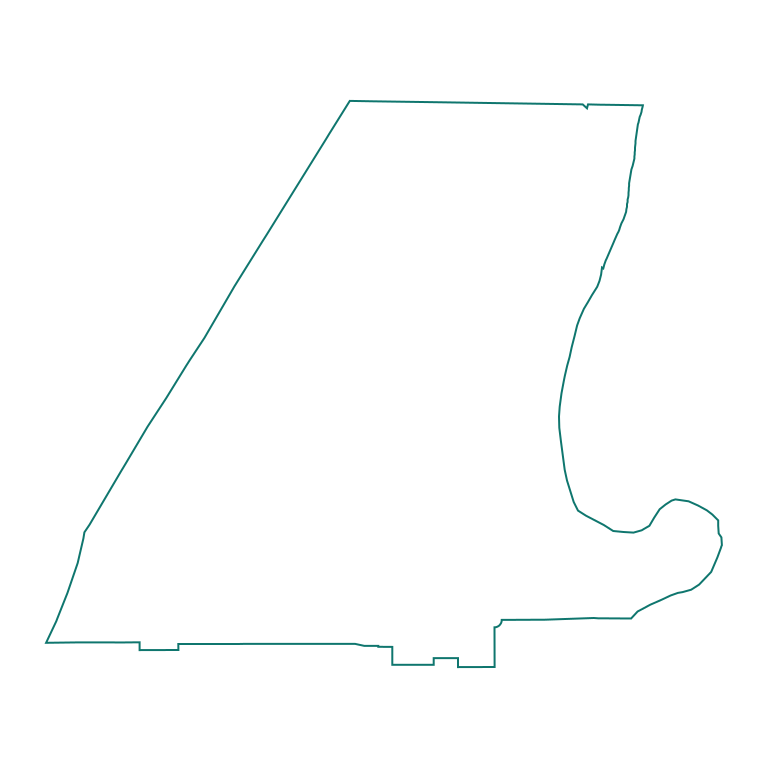 Peppermint Grove, Western Australia, Australia
{"feature_id": "25037944B88199537818715", "entity_name": "Peppermint Grove", "entity_type": "district", "adm_level": 2, "iso_a3": "AUS", "parent_name": "Australia", "parent_adm1": "Western Australia", "projection": "robinson", "projection_center": [115.77, -31.999], "detail": "fine", "context": "isolated", "style": "outline", "palette": "teal", "viewbox_px": 768, "rotation_deg": 0, "n_neighbors": 0, "source": "geoboundaries", "source_scale": "gbopen_adm2", "svg_char_len": 2250}
<svg xmlns="http://www.w3.org/2000/svg" viewBox="0 0 768 768"><path d="M349.8,100.9L329.2,133.9L325.8,139.5L282.2,209.7L267.0,234.2L263.0,240.5L234.4,286.4L230.1,293.8L204.5,337.8L189.6,360.4L186.1,365.9L166.3,398.0L147.6,426.6L125.9,463.2L120.9,471.5L89.6,524.6L89.2,525.2L84.4,532.3L83.4,538.5L79.8,553.9L77.7,563.0L67.4,593.1L66.0,596.6L57.2,618.8L56.3,621.2L46.1,642.8L77.8,642.4L92.4,642.4L108.7,642.4L113.0,642.4L117.9,642.5L139.6,642.3L139.6,650.1L178.4,650.0L178.3,644.0L233.8,644.0L238.2,644.0L243.0,643.9L330.8,643.9L337.2,643.9L355.2,643.9L360.3,645.0L364.4,645.9L378.3,645.9L378.3,646.8L392.3,646.9L392.3,664.8L433.7,664.8L433.7,658.1L458.0,658.1L458.0,667.1L494.6,667.0L494.5,627.3L495.9,627.2L497.4,626.7L498.1,626.3L498.7,625.9L499.3,625.5L499.8,624.9L500.7,623.7L501.1,623.0L501.6,621.5L501.7,619.9L545.2,619.7L593.8,618.0L598.0,618.3L631.1,618.5L637.6,611.5L650.3,604.7L661.7,599.7L670.6,595.5L677.9,592.9L682.6,592.1L691.2,589.7L699.1,584.6L711.2,571.9L717.4,557.4L721.1,547.4L721.3,546.5L721.9,545.2L721.4,537.4L718.7,533.5L718.2,525.8L718.2,520.4L712.3,514.5L706.8,510.3L698.0,505.5L688.6,501.3L675.4,499.4L671.6,500.6L665.6,504.5L659.7,509.2L654.1,517.8L649.4,525.8L643.5,529.2L642.9,529.6L641.7,530.3L633.5,532.6L623.5,532.0L613.2,531.0L603.8,525.0L599.4,522.7L586.0,515.7L578.0,510.6L573.7,502.0L567.0,480.5L564.7,469.8L561.0,441.8L559.3,427.8L559.0,416.5L559.7,406.7L561.5,393.3L563.9,380.5L564.8,376.0L567.2,365.6L569.6,357.0L571.7,347.2L574.6,335.9L577.1,325.5L579.7,318.3L583.9,308.8L588.0,302.0L591.9,295.2L597.2,286.8L599.5,280.9L601.1,274.6L602.0,267.5L603.3,268.4L604.3,264.5L605.8,260.3L606.7,258.5L613.7,242.2L614.7,239.8L617.3,233.9L618.5,231.7L619.3,229.7L620.0,227.3L621.4,223.4L623.5,219.3L626.1,211.9L626.4,209.2L627.0,206.8L627.0,204.1L627.6,202.0L627.6,199.6L628.2,197.3L628.5,195.2L628.5,192.8L628.8,190.0L628.8,188.0L629.1,185.7L629.1,183.3L631.4,169.5L632.6,166.0L634.4,158.6L634.4,156.5L634.7,154.4L634.7,152.3L635.0,150.3L635.0,147.6L635.5,143.4L635.5,141.0L637.9,124.3L638.5,122.6L639.7,116.9L640.6,114.8L641.5,111.9L641.8,109.8L642.6,106.8L642.9,105.3L607.9,104.8L599.7,104.7L588.0,104.4L587.0,108.3L582.7,104.4L442.4,102.3L372.7,101.3L349.8,100.9Z" fill="none" stroke="#0f766e" stroke-width="2"/></svg>